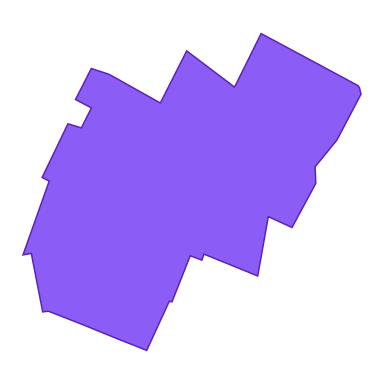 Washington, Vermont, United States of America (orthographic projection)
{"feature_id": "52423323B84121936183506", "entity_name": "Washington", "entity_type": "district", "adm_level": 2, "iso_a3": "USA", "parent_name": "United States of America", "parent_adm1": "Vermont", "projection": "orthographic", "projection_center": [-72.628, 44.26], "detail": "fine", "context": "isolated", "style": "filled", "palette": "violet", "viewbox_px": 384, "rotation_deg": 0, "n_neighbors": 0, "source": "geoboundaries", "source_scale": "gbopen_adm2", "svg_char_len": 551}
<svg xmlns="http://www.w3.org/2000/svg" viewBox="0 0 384 384"><path d="M23.0,254.9L31.3,253.4L42.7,311.9L48.3,311.2L83.1,324.8L119.6,339.7L146.7,350.4L169.3,301.3L172.0,301.8L190.2,255.8L201.9,260.1L203.9,254.1L257.7,276.0L268.3,216.7L292.0,227.5L315.8,183.4L315.1,166.8L337.0,139.9L361.0,94.2L359.5,87.8L357.9,85.6L313.0,61.4L261.1,33.6L235.5,85.3L234.4,87.0L186.7,50.9L160.3,103.0L109.2,74.4L91.3,68.5L75.5,99.5L91.4,107.9L81.4,127.9L67.9,123.8L57.0,146.6L42.1,177.5L49.2,181.1L23.0,254.9Z" fill="#8b5cf6" stroke="#5b21b6" stroke-width="1.5"/></svg>